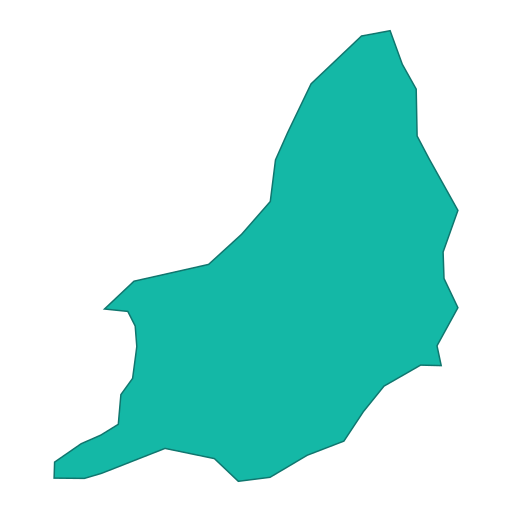 Nikokleia, Paphos, Cyprus (Natural Earth projection)
{"feature_id": "46923920B61795442963217", "entity_name": "Nikokleia", "entity_type": "district", "adm_level": 2, "iso_a3": "CYP", "parent_name": "Cyprus", "parent_adm1": "Paphos", "projection": "natural_earth1", "projection_center": [32.57, 34.731], "detail": "fine", "context": "isolated", "style": "filled", "palette": "teal", "viewbox_px": 512, "rotation_deg": 0, "n_neighbors": 0, "source": "geoboundaries", "source_scale": "gbopen_adm2", "svg_char_len": 649}
<svg xmlns="http://www.w3.org/2000/svg" viewBox="0 0 512 512"><path d="M54.1,478.1L84.4,478.4L101.6,473.3L165.0,448.4L214.4,458.6L238.3,481.3L270.0,477.3L307.3,455.2L343.9,441.1L363.4,411.6L384.0,386.1L420.6,365.1L441.2,365.6L437.0,345.8L457.9,307.7L444.0,278.5L443.1,252.0L457.9,210.4L429.2,159.0L417.1,136.0L416.2,89.1L402.3,64.3L393.7,40.6L390.1,30.7L361.5,36.0L311.1,83.8L287.7,132.5L275.5,159.9L270.3,201.5L241.6,234.3L208.6,264.4L134.0,281.2L104.5,309.0L127.8,311.4L135.2,326.0L136.8,346.5L135.8,354.4L132.6,378.4L120.9,394.6L118.3,424.3L100.8,435.1L81.2,443.7L54.6,462.1L54.1,478.1Z" fill="#14b8a6" stroke="#0f766e" stroke-width="1.5"/></svg>